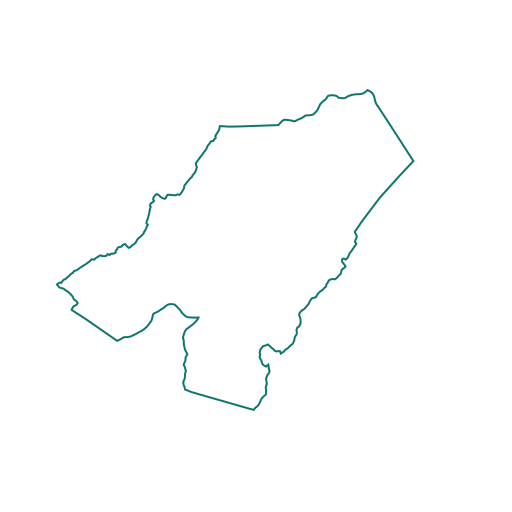 Mucugê, Bahia, Brazil (Albers equal-area conic projection), rotated 58°
{"feature_id": "56859067B79492424701178", "entity_name": "Mucugê", "entity_type": "district", "adm_level": 2, "iso_a3": "BRA", "parent_name": "Brazil", "parent_adm1": "Bahia", "projection": "albers", "projection_center": [-41.471, -13.068], "detail": "fine", "context": "isolated", "style": "outline", "palette": "teal", "viewbox_px": 512, "rotation_deg": 58, "n_neighbors": 0, "source": "geoboundaries", "source_scale": "gbopen_adm2", "svg_char_len": 5325}
<svg xmlns="http://www.w3.org/2000/svg" viewBox="0 0 512 512"><g transform="rotate(58 256 256)"><path d="M174.7,439.9L176.5,439.7L178.5,439.4L179.8,438.3L181.7,436.5L183.9,435.8L186.2,434.7L187.5,434.0L189.0,433.8L190.5,433.4L192.8,433.0L194.5,433.2L196.4,433.4L198.0,432.7L199.4,432.2L201.4,432.2L202.2,433.8L202.2,435.6L202.0,437.3L202.7,439.0L204.0,440.9L219.9,433.5L254.4,418.7L254.7,416.6L254.8,414.0L254.9,410.9L256.2,408.9L257.2,406.8L257.8,405.0L258.1,402.7L258.3,400.9L258.5,398.0L258.6,396.3L258.7,394.6L258.9,392.7L258.8,390.0L258.5,388.2L258.2,386.2L257.6,384.3L256.6,381.9L255.6,379.2L254.3,377.6L252.3,375.6L250.9,374.1L250.7,372.3L251.0,370.1L251.2,368.1L251.1,366.1L251.0,364.4L251.1,362.7L250.9,360.8L250.6,359.0L250.5,357.1L251.1,354.7L252.4,352.6L254.2,350.6L256.9,350.0L259.1,349.5L260.9,349.1L262.5,348.9L264.7,349.0L266.8,348.4L268.8,348.0L270.8,347.0L272.2,345.8L273.3,344.3L274.3,342.8L275.7,340.9L276.8,338.9L277.7,337.4L278.7,339.0L279.4,340.7L280.0,342.9L280.3,344.5L280.6,346.7L280.8,348.8L281.0,351.0L281.2,353.7L281.8,355.4L282.7,356.9L284.2,358.7L286.1,360.8L287.5,361.6L289.6,362.1L291.3,363.3L293.6,364.4L295.7,365.1L297.6,365.8L299.5,366.0L301.1,366.1L302.7,366.2L303.6,367.4L304.3,369.0L305.6,370.1L307.2,371.2L308.7,373.4L310.1,375.1L312.0,375.1L314.5,375.9L316.3,376.3L317.8,378.1L319.2,379.2L320.6,380.2L322.3,381.5L323.5,383.5L324.9,384.8L326.8,385.6L329.0,386.0L331.6,386.9L336.7,383.2L340.6,379.8L381.6,342.9L385.3,339.4L384.4,337.0L384.1,334.3L383.6,332.8L382.8,331.3L381.7,329.5L380.0,327.2L379.4,325.2L379.0,323.3L378.8,321.4L378.0,320.1L376.3,319.4L374.8,318.3L372.9,317.6L371.6,316.3L370.2,314.6L368.6,313.9L367.2,313.3L365.6,312.6L364.4,311.4L363.6,310.2L362.7,308.8L362.1,306.9L360.7,305.4L358.5,304.9L356.5,303.9L354.6,303.2L355.1,306.0L353.4,307.1L351.2,307.8L349.3,307.5L347.5,306.8L345.0,306.9L343.3,306.3L341.9,304.6L340.2,304.3L339.1,303.4L337.7,301.9L336.8,299.8L336.2,297.6L336.9,295.6L337.3,292.8L340.2,291.9L342.5,291.3L344.7,290.5L346.7,290.2L348.0,288.9L348.6,287.3L349.5,286.1L351.9,286.7L351.7,284.9L351.9,283.4L351.1,280.8L351.1,278.9L351.0,277.4L350.4,275.4L350.1,273.8L349.9,271.3L348.0,268.4L346.2,266.9L344.9,265.3L344.2,263.4L343.2,262.4L341.8,261.5L340.1,260.8L338.6,258.9L338.6,256.7L337.6,255.4L337.0,254.1L335.6,253.2L333.8,252.0L331.3,251.1L329.2,250.9L327.9,249.8L327.0,248.2L326.5,245.9L326.5,242.8L325.6,240.2L324.9,237.5L323.7,235.6L322.9,234.4L322.1,232.8L321.5,230.6L322.4,228.4L322.5,226.6L321.4,224.9L320.6,222.7L320.1,220.7L320.1,218.7L320.0,216.9L319.3,215.1L319.0,212.7L317.5,211.5L316.4,208.9L315.3,207.2L315.4,205.4L316.1,203.2L317.6,201.4L317.5,199.6L317.0,197.6L316.3,195.6L316.2,194.1L314.9,192.4L313.1,190.6L313.0,189.0L312.8,187.4L312.3,185.6L310.6,185.6L308.8,185.8L307.1,186.0L305.7,185.7L304.4,184.6L304.6,183.0L306.6,181.8L306.0,179.1L304.9,177.5L304.1,176.2L303.1,174.9L302.6,173.1L301.8,171.1L300.8,169.0L299.9,166.7L298.5,164.3L296.3,164.6L295.0,163.0L293.6,160.8L292.0,159.9L290.1,159.7L287.9,159.5L282.3,146.7L272.1,119.9L264.0,91.7L258.9,72.2L211.8,72.9L202.5,73.1L190.7,73.4L189.2,73.2L186.7,72.5L183.8,71.4L181.3,71.1L179.1,71.1L177.2,72.0L174.4,73.5L174.8,76.2L175.0,78.7L174.2,81.0L173.4,82.9L172.4,84.5L171.3,86.6L170.1,89.5L169.7,91.5L169.3,93.1L169.3,95.2L169.0,97.5L167.9,99.1L166.9,100.6L165.3,102.2L162.9,102.9L161.3,104.5L159.8,106.5L158.4,109.7L159.0,111.7L159.9,113.3L160.2,115.1L160.3,116.6L160.6,118.3L160.9,119.7L161.4,121.3L162.9,123.6L164.4,125.9L165.4,128.3L165.8,130.0L166.4,132.2L165.7,134.5L164.9,136.4L163.5,138.6L163.0,140.4L163.3,142.2L163.2,144.8L162.8,147.1L162.5,149.3L162.4,151.2L161.7,152.7L160.1,153.9L158.8,155.5L157.4,157.1L156.3,158.4L155.3,160.4L155.4,162.6L156.1,165.1L156.8,167.7L137.6,201.0L132.2,210.0L126.7,217.8L128.2,219.3L129.5,220.4L130.3,222.1L131.1,223.7L131.7,225.1L132.8,227.0L134.5,227.5L134.8,229.2L135.8,231.4L134.9,233.4L135.7,235.3L136.4,236.9L136.9,238.6L138.2,240.3L139.3,242.2L140.2,244.8L141.1,246.9L142.0,249.1L142.7,251.2L143.3,252.6L144.0,254.2L144.7,256.2L145.6,258.0L147.6,258.8L149.3,259.0L150.7,260.7L152.2,262.4L153.2,264.4L154.0,267.1L155.0,268.5L155.2,270.1L155.5,271.6L156.2,273.1L156.7,275.1L157.6,277.2L158.1,279.1L159.1,280.1L160.7,281.6L161.8,283.7L163.0,286.2L163.6,288.5L162.3,289.8L161.7,292.5L159.8,294.9L158.5,296.7L157.3,298.1L157.8,300.2L159.1,301.6L159.1,303.2L157.2,304.8L154.9,305.7L152.7,306.2L150.7,307.6L151.3,310.1L152.3,312.2L153.6,313.3L155.2,313.3L155.7,315.2L155.6,317.4L156.9,319.1L158.5,319.2L159.7,320.9L161.9,322.7L163.4,324.2L164.9,325.8L166.3,327.1L167.3,328.4L168.8,330.5L170.3,331.6L172.2,331.2L173.0,332.9L174.2,334.1L175.2,335.8L176.2,338.0L177.4,339.6L178.0,342.0L178.5,344.6L178.8,346.9L179.6,348.8L180.8,350.8L181.3,353.2L181.3,355.4L181.9,357.7L181.6,359.7L179.1,360.3L176.5,360.6L176.0,363.1L176.8,365.1L176.0,367.0L175.6,368.8L176.7,370.3L177.1,372.1L178.9,373.4L178.5,375.4L177.2,378.0L177.6,379.6L175.7,381.0L176.5,382.7L176.0,384.3L174.8,386.2L173.0,387.5L172.9,389.8L172.9,392.8L173.3,395.2L171.7,397.0L172.4,399.8L172.5,401.8L172.7,403.8L172.7,405.9L172.7,407.9L172.8,409.8L172.7,411.6L173.0,413.4L173.0,415.7L172.3,418.5L173.3,420.2L173.1,421.8L173.5,423.7L173.9,426.1L174.3,428.4L174.6,430.1L174.2,431.5L174.8,433.7L175.6,435.3L174.4,436.8L174.7,439.9Z" fill="none" stroke="#0f766e" stroke-width="2"/></g></svg>